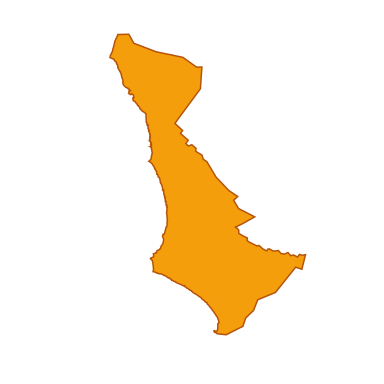 Carmelo, Colonia, Uruguay (orthographic projection), rotated 24°
{"feature_id": "84410073B48030888344446", "entity_name": "Carmelo", "entity_type": "district", "adm_level": 2, "iso_a3": "URY", "parent_name": "Uruguay", "parent_adm1": "Colonia", "projection": "orthographic", "projection_center": [-58.246, -34.041], "detail": "fine", "context": "isolated", "style": "filled", "palette": "amber", "viewbox_px": 384, "rotation_deg": 24, "n_neighbors": 0, "source": "geoboundaries", "source_scale": "gbopen_adm2", "svg_char_len": 6001}
<svg xmlns="http://www.w3.org/2000/svg" viewBox="0 0 384 384"><g transform="rotate(24 192 192)"><path d="M60.2,78.3L60.3,79.6L60.2,85.3L61.3,91.3L61.6,93.7L62.1,95.7L61.9,100.7L62.4,102.6L66.8,102.5L67.3,103.1L68.3,103.8L69.9,104.1L70.2,104.5L70.6,104.6L71.0,105.1L70.8,105.4L71.0,105.6L71.5,106.0L72.3,106.2L72.7,106.7L73.0,107.3L73.5,107.9L73.5,108.5L74.9,109.5L75.3,110.0L76.0,110.4L76.8,111.0L76.9,110.9L77.3,111.2L77.6,111.3L77.7,111.6L77.9,111.7L78.0,111.9L79.2,112.6L79.2,113.1L79.7,113.4L80.0,114.2L81.2,115.5L81.5,115.8L81.5,116.1L83.1,117.6L83.3,118.0L83.9,118.7L84.1,119.3L84.0,119.7L85.5,121.8L86.0,122.1L88.0,123.0L89.0,123.3L89.4,123.3L89.8,123.1L90.8,123.4L91.4,123.2L91.8,123.4L92.0,123.8L93.0,123.7L93.8,124.2L94.5,124.4L94.4,124.6L93.9,124.8L93.3,125.3L93.4,125.6L93.7,126.1L93.7,126.4L93.9,126.7L93.9,127.4L94.3,127.5L94.6,127.9L95.0,127.8L96.0,128.1L96.7,127.7L96.9,127.0L97.0,127.1L97.1,126.9L98.5,127.1L99.1,127.4L99.6,128.0L99.9,128.8L100.5,129.2L100.5,129.5L100.3,129.6L100.1,130.1L99.7,130.2L99.7,130.5L100.2,130.8L100.8,132.1L101.2,132.3L101.5,132.5L102.8,132.5L106.4,134.3L107.0,134.9L107.7,134.9L107.9,135.3L109.8,136.0L110.6,137.2L111.2,137.2L111.8,137.6L112.7,137.7L113.2,138.2L113.8,138.4L115.7,138.6L118.2,139.3L118.5,140.2L118.9,140.9L120.5,144.2L121.3,145.5L121.4,146.2L122.1,147.1L122.4,147.0L123.3,148.0L123.4,148.6L123.9,148.6L124.0,149.2L124.4,149.1L124.5,149.4L124.7,149.5L124.9,149.3L124.9,149.7L125.2,149.8L125.7,151.2L125.7,151.5L126.1,151.9L126.6,152.0L126.9,152.7L127.2,152.7L127.2,153.1L127.5,153.9L127.8,153.8L127.7,154.0L129.6,155.7L129.7,156.3L129.9,156.5L130.3,156.5L130.4,156.8L130.7,157.0L130.7,158.0L131.0,158.1L131.0,158.6L131.3,158.8L131.5,158.8L131.7,159.0L131.5,159.4L131.7,159.6L131.5,159.8L131.6,160.3L131.8,160.4L131.8,160.8L132.0,160.9L132.0,161.3L132.4,161.6L132.5,162.1L132.9,162.3L132.5,162.6L133.2,162.7L133.5,163.2L134.1,163.4L134.6,164.0L134.9,164.1L135.0,163.9L135.3,164.3L135.1,164.7L134.8,164.8L134.8,165.4L135.0,165.7L135.5,165.3L136.1,165.8L136.4,166.6L136.0,167.2L135.3,167.6L135.8,167.7L136.8,168.1L137.5,168.8L137.4,169.1L137.6,169.4L137.9,169.6L138.3,170.4L138.8,170.9L138.9,171.3L139.9,172.5L139.8,173.0L140.0,173.2L140.0,173.7L140.2,174.2L140.1,174.5L140.4,175.9L140.6,176.1L140.5,176.3L140.9,177.3L141.0,178.3L141.2,178.6L141.0,179.4L140.7,179.9L140.6,180.4L140.1,181.4L140.8,181.3L140.9,181.5L141.2,181.7L142.4,181.8L143.0,182.1L144.0,182.4L145.9,183.8L147.0,184.3L148.1,185.5L148.3,185.4L148.8,185.8L149.1,186.5L149.7,186.7L150.0,187.0L151.3,187.7L151.6,188.7L152.5,189.3L152.7,190.2L153.4,190.1L153.9,190.4L154.7,191.5L155.0,191.5L155.0,191.9L156.5,192.3L158.2,194.5L159.1,195.8L159.1,196.0L159.5,196.2L159.5,196.4L159.9,196.6L160.0,196.9L161.0,197.4L161.4,198.0L162.1,198.5L164.1,201.4L164.4,201.5L164.3,201.8L164.4,202.3L164.8,202.4L165.1,202.1L165.1,202.5L165.5,202.5L166.1,203.4L166.4,203.7L166.5,204.2L167.3,205.7L168.0,205.9L168.2,206.8L169.1,207.2L169.3,208.3L169.8,208.3L169.8,208.6L170.3,208.7L170.7,210.3L171.6,210.9L171.6,211.2L172.0,211.2L171.8,211.9L172.8,212.3L173.2,213.7L173.3,213.7L173.8,214.6L174.3,214.4L174.3,214.8L174.7,214.8L174.9,216.0L175.6,216.1L176.2,218.4L176.7,219.2L176.7,220.0L177.1,220.5L177.3,221.1L177.3,221.7L178.8,223.6L178.8,223.9L178.9,224.3L179.6,225.1L180.8,227.9L181.1,227.9L181.7,230.5L182.6,232.0L183.0,234.0L182.6,234.3L183.2,237.5L183.2,238.3L183.5,239.0L183.7,240.6L183.6,242.0L183.1,242.0L182.9,242.3L182.8,243.0L183.0,243.5L183.0,244.5L184.6,245.8L185.1,246.5L185.7,247.8L186.3,250.6L186.2,252.6L185.8,253.7L185.8,254.4L186.0,255.3L186.1,256.2L185.8,257.0L185.9,257.7L185.5,257.8L185.4,258.2L184.7,258.9L184.1,259.8L183.9,259.8L184.2,262.0L183.8,262.0L183.8,262.3L183.5,262.4L183.0,263.2L182.3,263.9L182.2,264.1L181.9,264.2L182.3,264.8L182.3,265.0L183.0,266.0L183.1,266.5L183.0,266.9L183.0,267.1L181.8,268.4L181.7,268.8L181.4,269.0L180.6,269.9L181.1,269.7L182.1,270.1L182.1,270.3L182.7,270.3L183.5,270.6L183.8,271.1L184.1,271.4L184.9,272.4L187.8,277.4L188.3,278.1L188.4,279.0L188.8,280.6L189.7,280.3L190.2,280.4L190.5,280.2L191.7,280.2L192.6,280.5L193.2,280.1L193.6,280.1L193.8,280.2L194.8,280.0L195.2,280.2L196.0,279.6L199.1,279.3L199.7,279.3L200.1,279.7L201.7,279.4L202.9,279.5L204.9,280.1L205.7,280.1L206.3,279.7L206.5,279.7L206.6,279.9L207.0,279.9L207.7,280.1L207.9,280.4L209.3,280.7L209.4,280.9L209.7,280.7L211.9,280.9L212.6,280.7L213.2,281.0L214.3,281.1L214.6,280.9L215.2,281.2L219.3,281.0L220.3,281.0L220.6,281.2L222.4,281.2L223.4,280.6L223.7,281.3L225.0,281.4L226.1,281.9L227.5,281.8L229.0,282.3L230.1,282.4L230.2,282.5L231.8,282.5L232.1,282.9L232.6,282.9L233.3,283.3L236.1,283.8L237.4,283.7L240.7,284.5L243.8,285.0L244.3,285.6L247.7,286.3L248.3,286.8L249.2,287.1L250.4,287.0L250.8,287.2L251.3,288.0L251.8,288.1L252.3,288.4L252.9,288.5L253.9,289.0L255.3,290.0L256.5,290.3L258.5,291.6L259.2,291.7L259.4,292.0L261.0,292.9L261.5,293.3L262.6,293.9L264.7,295.3L266.0,296.0L269.0,299.0L269.4,299.6L269.4,300.1L269.8,300.7L269.2,301.5L269.3,302.1L271.1,306.4L271.3,307.1L271.3,307.7L271.5,308.0L271.4,308.7L270.7,309.4L270.0,309.7L269.1,309.4L268.8,309.8L268.5,309.9L268.5,310.1L269.3,310.1L269.7,310.6L269.7,311.0L270.1,311.0L270.7,310.7L272.2,311.0L272.6,311.3L281.3,308.5L293.1,294.0L292.3,285.2L296.4,275.2L295.9,263.7L309.1,249.8L317.3,218.5L323.8,217.9L321.2,203.1L318.5,205.0L315.6,205.2L314.8,208.5L310.4,208.2L308.0,210.0L304.3,208.3L301.7,211.1L298.4,212.0L294.7,210.3L292.1,212.1L289.6,212.9L285.7,212.5L284.6,213.2L284.2,215.4L279.8,215.2L277.0,214.2L274.8,213.6L273.4,214.9L264.7,214.5L262.0,213.9L261.3,211.5L255.3,211.3L251.5,210.7L250.2,207.8L248.0,206.8L246.0,206.4L251.2,200.2L259.4,189.2L241.3,188.2L233.4,182.6L235.6,177.5L225.1,175.7L207.9,168.6L193.3,158.3L189.0,157.5L186.0,154.2L178.8,153.3L177.9,150.5L172.6,148.9L169.9,151.5L166.6,150.2L167.5,146.3L157.7,143.2L158.4,139.6L148.5,136.3L149.6,130.9L157.7,94.3L150.2,73.8L145.4,76.1L128.9,72.7L102.1,78.5L78.4,79.8L70.1,73.6L60.2,78.3Z" fill="#f59e0b" stroke="#b45309" stroke-width="1.5"/></g></svg>